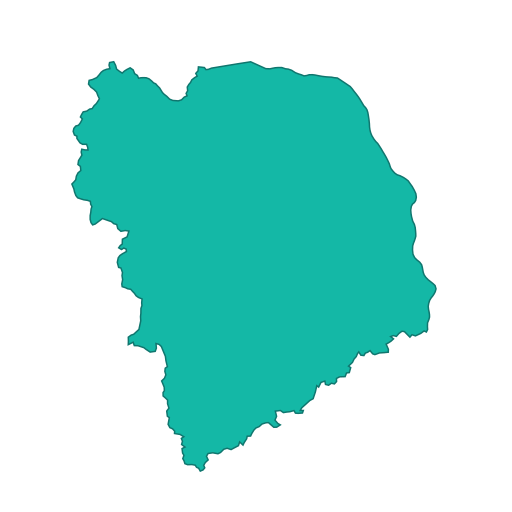 the district of Palmeirópolis, Tocantins, Brazil, rotated 354°
{"feature_id": "56859067B97486789704660", "entity_name": "Palmeirópolis", "entity_type": "district", "adm_level": 2, "iso_a3": "BRA", "parent_name": "Brazil", "parent_adm1": "Tocantins", "projection": "albers", "projection_center": [-48.365, -13.041], "detail": "fine", "context": "isolated", "style": "filled", "palette": "teal", "viewbox_px": 512, "rotation_deg": 354, "n_neighbors": 0, "source": "geoboundaries", "source_scale": "gbopen_adm2", "svg_char_len": 5370}
<svg xmlns="http://www.w3.org/2000/svg" viewBox="0 0 512 512"><g transform="rotate(354 256 256)"><path d="M119.7,330.8L124.8,328.9L125.6,332.4L129.3,332.9L135.0,335.5L136.8,337.3L140.7,340.5L145.8,340.3L147.3,337.2L147.4,332.6L150.4,333.8L152.4,336.1L155.4,346.3L155.5,350.8L156.3,356.8L154.0,358.1L153.3,361.2L153.9,364.8L152.1,368.1L149.1,370.4L150.0,373.4L151.0,376.9L150.8,380.3L149.3,382.1L149.0,385.5L150.8,387.4L153.0,390.0L152.6,393.7L153.5,398.2L151.0,400.9L151.1,406.1L152.9,407.7L151.0,414.2L152.4,417.7L154.9,419.1L156.8,421.7L156.4,424.0L161.8,425.5L165.3,428.2L162.7,429.6L163.5,432.6L162.3,435.7L165.4,438.6L162.3,439.8L162.4,444.3L163.5,446.7L162.0,449.9L163.0,452.1L163.6,455.1L166.2,456.4L170.5,456.7L173.7,457.7L174.8,459.9L176.8,461.1L178.1,464.1L181.0,463.2L182.9,461.3L182.1,458.7L184.0,456.1L187.1,453.8L185.8,450.0L187.7,447.4L192.4,447.2L197.5,448.7L200.2,447.7L203.8,444.8L207.2,444.2L211.0,445.9L214.4,444.5L218.7,442.8L220.3,439.2L223.3,442.7L224.7,440.4L227.6,436.8L228.4,434.3L231.8,434.5L233.4,431.9L235.8,428.8L238.0,427.0L241.3,426.0L244.5,423.7L248.4,422.9L251.0,423.0L253.0,425.2L255.8,428.2L258.7,428.4L262.5,426.5L260.2,424.8L257.7,421.2L259.7,417.6L259.0,412.3L264.1,412.2L266.9,414.6L269.8,414.4L273.5,414.4L277.6,413.7L278.8,416.4L281.5,416.9L285.8,417.0L286.9,414.6L283.8,414.3L285.7,411.7L288.6,409.6L291.5,407.5L294.5,405.3L297.9,403.9L299.2,401.0L300.8,397.5L302.9,391.3L304.6,392.9L307.4,388.5L311.4,387.6L311.7,391.0L314.7,392.1L317.7,390.4L320.6,391.4L323.0,389.3L323.2,386.2L326.6,384.9L332.0,385.3L333.8,381.8L336.6,381.7L338.5,376.9L336.5,375.2L340.8,371.9L342.7,368.8L345.2,366.5L346.6,363.9L348.2,362.1L349.9,365.6L352.9,366.3L354.6,364.0L357.0,363.4L359.5,362.0L361.8,365.5L363.9,366.5L368.7,365.3L373.5,365.5L377.5,365.5L377.9,362.6L376.2,357.2L378.7,356.2L381.4,354.8L384.1,352.8L381.5,350.2L384.2,349.5L387.2,350.6L390.0,348.0L393.3,346.1L395.7,346.7L400.6,352.8L402.9,350.6L406.2,352.1L411.8,350.2L415.3,348.1L417.5,349.4L419.0,347.0L419.1,344.3L419.6,340.4L421.3,337.2L422.2,334.9L422.4,332.4L422.3,330.0L422.0,327.0L422.0,324.1L422.8,321.2L424.1,318.2L425.8,316.0L427.5,314.3L429.1,312.4L430.5,310.3L431.6,307.5L431.0,304.1L429.3,302.1L427.0,299.8L424.7,297.6L422.6,294.9L421.2,292.3L420.6,289.7L420.4,287.2L420.2,284.5L419.8,282.0L418.2,279.3L415.6,276.7L413.6,274.2L412.3,270.6L412.3,266.3L412.9,262.3L413.9,259.8L415.0,257.7L416.1,255.3L417.0,253.0L417.2,250.6L417.3,247.7L417.3,244.3L416.8,241.1L415.5,237.7L414.8,233.2L414.6,229.9L414.7,226.4L415.7,222.8L417.1,220.7L419.1,219.4L420.6,217.5L421.6,214.3L421.5,210.8L420.3,207.2L418.6,203.2L416.6,199.7L415.3,197.3L413.5,195.5L411.0,193.4L407.6,191.2L404.9,190.0L402.6,188.0L400.8,185.5L399.3,183.0L398.7,180.7L398.2,178.1L397.2,175.3L395.8,171.5L394.1,167.7L392.9,165.2L391.8,162.7L390.2,159.5L388.8,156.8L387.1,154.7L385.5,152.1L383.8,148.5L383.0,145.8L382.5,142.7L382.4,139.5L382.6,136.3L382.6,132.2L382.4,127.7L382.2,124.9L381.6,122.1L380.5,119.9L378.9,117.8L377.1,113.9L375.6,110.7L374.5,108.6L372.8,105.7L370.8,102.6L369.2,99.9L367.4,97.3L365.0,95.3L363.0,93.6L360.7,91.7L358.3,89.7L355.6,87.5L352.3,86.8L350.0,86.1L347.7,85.7L344.7,85.2L340.7,84.3L336.9,83.2L333.7,82.2L331.1,81.6L327.9,81.3L325.3,81.8L322.6,81.9L320.0,80.5L317.4,79.4L314.3,77.8L310.8,75.0L307.6,73.5L304.9,72.9L301.4,71.3L298.0,70.9L294.8,70.8L292.3,71.0L289.4,71.3L285.3,70.7L271.0,62.3L262.8,62.7L256.8,63.0L231.4,64.5L228.2,65.4L225.7,65.4L224.4,63.2L221.8,62.6L218.5,61.9L217.7,65.8L215.2,68.1L216.3,71.0L213.6,72.2L210.6,74.1L209.0,76.6L207.2,78.3L205.3,80.8L205.3,84.5L203.5,87.0L204.2,89.5L201.2,90.5L198.3,92.9L195.0,93.6L189.5,92.6L186.5,91.0L183.9,87.8L181.5,85.5L180.0,83.6L179.0,81.5L177.7,78.8L175.8,76.5L174.3,74.3L172.2,73.1L170.5,71.0L168.1,68.6L165.5,67.3L163.1,66.9L160.3,66.7L157.8,66.9L156.9,64.0L154.4,62.0L153.3,58.1L150.5,55.7L147.1,57.0L144.5,58.3L142.1,60.1L139.8,58.3L136.9,55.6L136.3,51.7L134.8,47.9L130.6,48.3L129.8,50.8L130.3,54.4L126.8,54.7L123.6,55.6L121.2,57.1L118.9,59.5L116.3,61.9L111.9,63.4L108.4,63.9L107.4,67.5L109.3,70.7L112.2,73.3L114.6,76.3L115.5,79.9L116.7,83.3L115.0,85.5L113.2,87.7L110.7,89.6L108.5,92.3L105.9,92.5L102.9,94.2L99.2,94.6L97.4,97.0L95.9,99.4L97.6,101.5L96.3,103.7L94.9,105.6L93.1,107.4L90.3,107.9L88.2,110.0L87.2,113.0L88.1,116.7L90.4,118.1L90.2,120.4L91.6,122.9L92.8,125.1L95.2,126.8L99.2,127.2L100.0,130.5L100.0,133.0L96.9,132.6L93.9,131.6L93.0,134.3L93.4,137.5L91.4,140.1L89.5,142.5L88.5,146.4L90.7,148.5L90.7,152.7L87.7,154.7L85.7,157.8L84.7,161.4L82.8,163.2L80.4,165.2L81.9,170.3L82.2,173.3L83.2,177.1L84.7,179.5L87.5,180.8L90.6,182.1L94.1,183.0L97.0,184.3L97.0,187.2L98.0,189.7L96.9,192.1L96.3,195.1L95.3,198.5L94.9,202.3L95.4,205.6L96.8,208.0L99.4,207.4L107.2,202.7L110.4,204.2L112.5,205.2L115.8,206.7L117.9,209.0L120.8,210.1L121.4,214.3L124.2,217.3L128.6,217.0L132.2,217.9L129.8,223.5L124.9,225.3L124.2,230.2L122.1,231.4L120.3,233.5L122.9,235.5L125.4,234.3L127.6,235.6L127.6,238.0L123.4,239.8L120.7,241.3L118.8,243.4L117.4,247.8L118.2,253.0L120.4,253.8L121.5,258.5L120.7,261.5L120.9,265.6L119.6,269.8L119.7,272.5L122.9,273.9L125.0,275.2L127.9,276.0L129.7,278.5L131.2,280.4L132.6,283.0L134.7,284.9L138.2,286.8L137.4,290.7L137.4,293.3L136.1,296.1L135.5,301.1L134.8,304.2L134.6,308.4L131.9,316.8L126.1,321.1L123.6,321.6L120.5,323.4L120.2,327.3L119.7,330.8Z" fill="#14b8a6" stroke="#0f766e" stroke-width="1.5"/></g></svg>